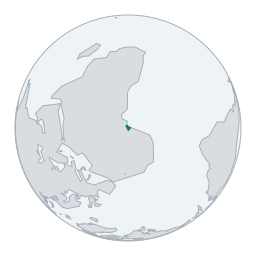 the Earth from above Ogun, rotated 211°
{"feature_id": "NGA-2852", "entity_name": "Ogun", "entity_type": "State", "adm_level": 1, "iso_a3": "NGA", "parent_name": "Nigeria", "parent_adm1": "", "projection": "orthographic", "projection_center": [3.522, 7.137], "detail": "medium", "context": "on_globe", "style": "filled", "palette": "teal", "viewbox_px": 256, "rotation_deg": 211, "n_neighbors": 0, "source": "natural_earth", "source_scale": "10m", "svg_char_len": 8796}
<svg xmlns="http://www.w3.org/2000/svg" viewBox="0 0 256 256"><g transform="rotate(211 128 128)"><circle cx="128" cy="128" r="113" fill="#eef3f6" stroke="#a8b0b8"/><path d="M88.2,22.6L86.6,23.3L87.6,23.0L85.1,24.0L88.1,22.9L90.2,22.1L92.2,21.4L93.0,21.3L90.0,22.4L89.1,22.7L88.6,23.0L86.8,23.7L88.2,23.2L84.4,24.9L89.3,23.1L87.2,24.4L84.4,25.5L83.2,25.5L73.7,29.4L70.5,31.2L67.1,33.4L63.8,36.9L60.8,39.0L57.9,41.9L60.2,40.4L63.3,37.8L66.8,36.1L70.2,33.4L72.1,32.5L76.2,30.0L77.2,30.3L75.8,32.2L72.5,34.4L71.8,35.4L76.3,33.5L71.3,38.2L70.1,42.7L68.6,44.1L63.5,46.1L60.3,45.2L53.7,49.0L59.5,46.7L55.8,50.9L55.8,51.8L56.9,51.9L58.9,50.4L58.0,52.1L51.8,54.7L52.6,53.2L54.6,52.3L53.0,52.0L48.9,54.4L47.3,56.7L42.7,59.0L41.5,60.7L39.8,62.4L42.0,59.3L38.0,65.1L32.3,70.8L26.7,81.7L30.5,72.8L30.8,71.5L30.8,71.2L29.8,72.9L30.0,72.4L34.6,65.0L39.7,58.0L45.4,51.4L51.5,45.3L58.1,39.7L65.1,34.5L72.5,30.0L80.2,26.0L88.2,22.6ZM23.1,87.0L23.2,86.8L20.2,95.2L23.1,87.0ZM19.7,97.0L19.5,99.3L17.6,107.1L17.1,111.6L17.7,111.0L18.2,113.5L19.7,109.3L21.6,107.4L20.5,113.9L22.4,108.3L22.9,111.8L27.4,112.9L26.7,114.3L30.3,123.2L36.2,127.8L37.5,132.9L36.6,135.7L39.1,137.0L39.1,139.0L50.6,143.7L57.8,149.5L58.5,156.3L54.3,163.4L54.8,179.0L48.4,183.0L49.7,189.1L49.8,197.4L45.5,195.8L49.8,200.7L49.9,202.9L47.9,202.5L50.2,205.6L48.9,205.3L51.6,207.6L53.5,211.0L57.6,214.5L59.9,217.2L62.7,219.2L62.1,218.9L62.6,219.4L63.9,220.4L60.5,218.1L55.0,213.7L52.9,211.7L52.1,211.1L47.2,205.8L47.8,206.7L40.5,198.0L36.2,191.0L26.3,169.5L24.2,164.8L20.8,158.7L16.5,141.2L16.3,134.8L15.9,131.4L17.1,122.8L17.7,113.8L17.5,112.3L16.8,115.3L17.1,108.9L18.4,102.1L18.5,101.4L19.7,97.0ZM24.9,85.5L24.8,92.0L23.3,92.0L23.8,91.2L24.2,88.6L24.4,86.0L23.5,86.7L24.9,85.5ZM28.4,79.9L28.3,79.3L28.6,79.4L28.4,79.9ZM75.4,30.0L75.8,30.0L74.9,30.4L75.4,30.0ZM76.9,29.0L75.5,29.6L76.0,29.2L76.8,28.8L76.9,29.0ZM78.4,28.5L77.0,28.5L77.8,27.9L81.7,26.2L78.4,28.5ZM90.5,21.9L88.3,22.8L89.4,22.2L90.5,21.9ZM98.0,19.4L97.7,19.5L95.1,20.3L97.7,19.5L90.7,21.8L90.9,21.6L98.0,19.4ZM93.1,21.1L92.9,21.1L96.0,20.1L97.1,20.0L95.7,20.3L93.1,21.1ZM95.4,20.5L97.5,20.0L96.8,20.4L93.6,21.1L95.4,20.5ZM96.4,19.9L98.0,19.5L97.4,19.6L96.4,19.9ZM95.3,21.9L94.9,21.7L96.5,21.1L95.3,21.9ZM98.3,19.8L98.6,19.6L99.2,19.4L100.4,19.2L98.3,19.8ZM101.7,18.5L101.9,18.4L102.7,18.2L104.3,17.9L105.0,17.7L101.9,18.5L103.9,18.0L104.3,17.9L101.3,18.6L101.6,18.5L101.7,18.5ZM103.4,18.5L100.0,19.6L100.3,20.0L98.9,20.5L98.7,19.7L103.4,18.5ZM102.4,18.5L102.7,18.6L100.8,19.0L99.4,19.3L102.4,18.5ZM106.7,17.4L107.1,17.3L106.3,17.5L106.7,17.4ZM103.8,18.5L104.6,18.2L104.1,18.4L103.8,18.5ZM106.5,17.5L105.9,17.6L106.7,17.4L106.5,17.5ZM106.7,17.8L105.7,18.1L104.7,18.2L106.7,17.8ZM106.9,17.6L108.2,17.3L105.0,18.0L106.5,17.6L106.9,17.6ZM107.4,17.4L107.7,17.3L107.4,17.4ZM111.0,17.3L107.2,18.2L105.1,18.4L109.1,17.5L111.0,17.3ZM67.6,222.7L61.4,218.8L64.3,220.7L62.9,219.4L67.4,222.2L67.6,222.7ZM65.1,219.6L65.5,219.1L66.6,219.7L66.5,220.2L65.1,219.6ZM235.9,95.8L236.2,97.0L235.0,92.9L231.8,85.2L232.1,88.5L233.5,100.5L235.7,111.2L235.2,116.3L229.8,101.8L226.0,91.9L224.8,93.3L218.5,85.8L210.0,86.9L208.0,84.5L206.6,86.0L202.0,84.0L198.8,80.2L196.3,80.8L204.8,91.0L207.3,90.5L208.4,85.9L210.4,89.7L214.7,92.8L212.5,103.2L198.6,114.0L196.1,106.1L179.4,86.0L179.2,83.6L179.1,83.4L178.8,82.9L178.5,86.8L175.2,83.0L185.4,97.0L187.6,103.3L198.4,114.5L197.7,115.9L200.8,118.1L209.3,113.9L209.6,116.7L206.3,129.8L193.5,148.4L194.5,159.9L192.5,169.8L183.0,177.1L182.4,184.5L177.3,187.5L176.0,191.8L171.1,196.5L163.4,201.2L151.9,201.9L152.3,198.2L148.3,191.1L143.2,173.3L147.3,164.8L146.8,158.3L138.4,144.1L140.3,135.9L137.7,132.6L132.7,133.6L129.6,129.7L126.4,129.7L105.6,133.2L98.6,128.1L88.7,112.2L92.0,105.8L91.4,98.5L113.0,73.9L118.9,75.0L137.3,71.3L139.9,72.0L139.1,77.4L154.1,83.3L157.3,78.6L169.5,81.5L176.7,80.9L176.7,70.7L164.9,71.5L161.5,66.9L169.8,62.2L179.9,62.1L178.9,60.4L171.4,56.9L172.5,53.6L168.6,55.5L171.1,57.1L168.7,58.5L166.3,57.1L166.8,55.9L163.4,55.4L161.9,61.8L164.3,64.1L156.1,65.9L159.3,70.1L157.5,72.3L151.5,66.1L151.2,63.7L141.1,57.6L140.7,60.2L150.2,66.2L147.8,65.9L147.3,70.0L145.8,66.6L135.5,59.8L127.4,61.9L119.1,72.4L113.9,73.6L108.6,71.9L109.6,61.7L121.1,60.4L121.6,57.3L117.5,53.2L121.3,53.3L121.1,51.7L125.2,51.2L129.4,47.0L133.4,46.4L133.4,41.7L135.4,40.9L134.8,43.8L136.5,45.7L146.2,44.9L147.6,43.8L146.8,41.0L149.6,41.4L147.6,38.8L152.3,37.5L144.8,37.0L143.7,34.3L145.7,32.1L144.0,31.2L140.8,34.8L140.7,36.4L142.8,37.9L141.4,42.9L138.5,43.9L134.8,38.8L130.2,39.9L129.4,35.9L138.5,27.7L143.1,26.3L154.3,29.0L154.2,30.6L150.1,30.2L155.4,32.8L154.2,31.5L156.5,32.0L156.0,29.9L157.6,30.2L154.4,27.9L156.3,28.0L158.3,29.4L159.2,27.0L162.7,27.0L162.2,26.4L160.6,25.7L166.1,26.5L165.4,26.0L163.3,25.5L160.7,24.4L158.1,22.7L160.2,23.1L161.4,23.7L167.0,25.8L169.9,27.8L170.5,27.8L168.4,26.2L161.6,23.6L159.5,22.5L162.8,23.6L161.4,23.1L161.0,22.7L162.5,22.8L158.9,21.6L151.6,18.2L153.8,18.4L157.5,19.4L155.9,18.9L163.9,21.2L171.6,24.1L179.1,27.6L186.4,31.7L193.3,36.2L199.9,41.3L206.1,46.8L211.8,52.8L217.1,59.1L221.9,65.9L226.3,72.9L230.0,80.3L233.3,87.9L235.9,95.8ZM107.2,86.1L106.9,88.2L107.2,86.1ZM191.9,67.6L197.1,67.5L192.7,61.7L194.3,61.4L192.2,59.7L192.3,61.3L186.8,56.8L188.3,55.0L186.6,52.7L184.7,52.6L182.9,56.8L190.7,63.1L190.4,65.6L191.9,67.6ZM27.5,112.9L27.9,114.3L27.1,114.1L27.5,112.9ZM22.3,94.5L22.6,94.9L22.5,96.0L22.1,96.2L22.3,94.5ZM27.2,96.9L28.0,97.8L26.9,98.0L27.2,96.9ZM24.9,93.0L26.6,96.5L24.3,97.7L23.4,95.6L24.5,95.5L24.9,93.0ZM26.6,83.3L26.6,83.9L26.1,85.0L26.6,83.3ZM28.6,80.0L28.8,79.1L28.6,80.0ZM56.1,50.7L56.6,50.6L57.4,51.0L56.3,51.5L56.1,50.7ZM65.2,49.3L63.5,52.0L63.9,50.3L62.1,51.3L60.7,49.3L67.8,44.8L64.9,47.1L65.2,49.3ZM61.0,45.9L61.0,47.3L60.7,45.9L61.0,45.9ZM115.6,44.2L117.6,45.0L116.8,46.8L111.7,48.6L112.8,45.7L115.6,44.2ZM120.5,45.8L118.3,40.8L121.3,39.8L120.0,41.1L122.2,41.0L120.7,43.1L125.8,47.5L125.5,49.5L116.3,51.0L119.5,49.3L117.4,48.5L120.5,45.8ZM107.2,32.7L106.3,31.3L114.1,30.9L114.0,32.2L109.0,33.8L106.1,33.1L107.2,32.7ZM85.6,25.8L84.8,25.9L85.6,25.5L87.0,25.1L85.6,25.8ZM95.0,21.9L90.3,25.2L89.0,25.4L87.8,27.5L84.0,29.0L85.0,27.5L81.2,30.4L80.5,29.6L78.3,31.7L80.8,28.2L80.1,27.9L82.3,27.6L85.8,26.2L87.0,25.5L90.1,23.5L90.3,22.5L93.7,21.3L96.1,20.7L96.6,20.7L94.2,21.4L96.6,21.0L93.5,22.1L95.0,21.9ZM122.1,18.7L119.1,18.8L123.4,19.6L120.3,20.1L121.0,20.1L119.3,20.9L118.5,22.0L116.9,22.2L117.3,22.6L116.2,23.2L116.1,23.9L113.3,24.5L113.0,25.4L111.8,25.2L112.1,26.7L110.6,25.9L109.0,26.9L111.3,27.2L95.9,30.6L90.6,33.1L87.0,35.9L84.9,34.6L86.9,31.4L91.2,27.9L96.6,25.8L94.6,25.8L96.7,24.9L97.3,25.3L97.5,24.2L99.3,23.6L103.1,21.4L102.2,20.6L103.5,19.9L104.8,20.0L105.3,19.3L108.6,19.1L109.7,18.7L114.0,18.2L115.9,18.8L116.9,18.3L120.2,18.1L122.1,18.7ZM112.2,17.2L115.1,17.4L114.9,17.9L107.4,18.6L106.0,19.0L101.2,19.8L101.7,19.2L103.0,18.9L104.4,18.6L103.7,18.9L105.3,18.5L107.2,18.2L108.9,17.8L109.4,18.0L112.2,17.2ZM141.9,69.9L143.7,70.0L146.4,69.6L146.1,72.3L141.9,69.9ZM134.9,65.3L136.4,64.8L137.4,68.2L135.5,68.2L134.9,65.3ZM136.4,61.9L136.4,64.6L135.3,63.2L136.4,61.9ZM136.1,43.4L137.7,42.9L138.1,43.6L137.7,44.6L136.1,43.4ZM134.0,22.3L132.4,21.9L132.6,21.7L130.4,20.5L132.5,20.3L134.7,20.9L134.0,22.3ZM175.2,72.6L173.6,74.6L172.3,73.8L173.1,73.2L175.2,72.6ZM159.6,73.4L163.5,74.5L159.4,74.2L159.6,73.4ZM136.0,21.8L134.8,21.3L136.6,21.5L136.0,21.8ZM134.0,20.0L135.9,20.1L132.5,20.1L134.0,20.0ZM195.7,215.7L194.9,216.8L194.0,217.1L195.7,215.7ZM207.4,166.6L198.4,184.3L194.3,184.9L194.7,179.9L198.9,169.4L204.0,165.9L206.8,160.9L207.4,166.6ZM236.0,112.1L237.5,118.2L237.1,119.6L236.0,112.1ZM152.2,20.9L152.9,22.6L154.8,24.1L158.1,25.2L153.8,24.6L150.9,22.2L152.2,20.9ZM151.4,18.4L148.6,17.8L149.6,17.8L150.4,18.0L151.4,18.4ZM149.9,18.2L146.9,17.9L145.1,17.4L147.9,17.7L149.9,18.2ZM141.5,19.2L141.6,19.7L140.2,19.5L141.5,19.2Z" fill="#d9dde1" stroke="#a8b0b8" stroke-width="1"/><path d="M126.6,127.4L126.5,127.2L126.4,127.1L126.4,126.7L126.5,126.4L126.8,126.5L126.8,126.8L126.9,126.6L127.0,126.6L127.0,126.8L126.9,127.0L127.0,127.1L127.1,127.3L127.2,127.5L127.3,127.6L127.5,127.6L127.7,127.4L127.8,127.3L127.9,127.5L128.1,127.4L128.3,127.4L128.3,127.5L128.5,128.0L128.4,128.2L128.5,128.2L128.8,128.1L129.0,128.1L129.3,128.1L129.5,128.1L129.6,128.3L129.8,128.3L130.0,128.3L130.0,128.5L129.9,128.6L129.7,128.8L129.6,129.0L129.8,129.1L130.0,129.1L130.1,129.3L129.9,129.4L129.9,129.5L130.0,129.5L129.9,129.6L129.7,129.5L129.6,129.4L129.4,129.4L129.2,129.3L129.2,129.2L129.3,129.2L129.2,129.1L129.1,128.9L127.9,128.9L127.8,129.0L127.7,129.0L127.7,128.9L127.4,129.0L127.2,129.2L126.8,129.2L126.7,129.2L126.7,129.3L126.4,129.3L126.5,129.1L126.5,128.9L126.5,128.7L126.4,128.7L126.5,128.5L126.4,128.3L126.5,128.2L126.5,127.5L126.5,127.4L126.6,127.4Z" fill="#14b8a6" stroke="#0f766e" stroke-width="1.5"/></g></svg>